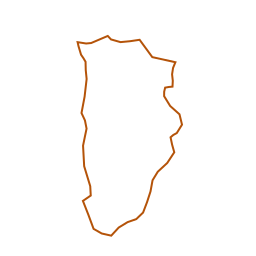 the border of Qəbələ, rotated 342°
{"feature_id": "AZE-1724", "entity_name": "Qəbələ", "entity_type": "District", "adm_level": 1, "iso_a3": "AZE", "parent_name": "Azerbaijan", "parent_adm1": "", "projection": "albers", "projection_center": [47.781, 40.923], "detail": "fine", "context": "isolated", "style": "outline", "palette": "amber", "viewbox_px": 256, "rotation_deg": 342, "n_neighbors": 0, "source": "natural_earth", "source_scale": "10m", "svg_char_len": 800}
<svg xmlns="http://www.w3.org/2000/svg" viewBox="0 0 256 256"><g transform="rotate(342 128 128)"><path d="M119.2,35.8L137.2,34.2L139.2,38.5L147.4,44.0L156.8,46.1L166.3,47.7L173.0,68.1L193.4,80.1L189.4,84.8L186.5,90.6L185.2,96.9L183.1,102.4L179.5,101.6L175.8,101.1L173.6,104.7L172.2,108.9L174.9,120.1L181.2,130.9L180.4,141.5L172.8,147.9L169.0,148.6L165.6,150.0L164.8,157.5L164.5,165.4L154.5,173.4L142.8,178.8L135.2,185.3L129.8,195.3L123.2,204.4L116.2,213.1L107.7,217.2L98.5,217.4L88.4,219.8L78.8,225.2L70.4,220.2L64.1,213.3L63.5,198.3L62.6,183.4L71.7,180.7L74.1,171.7L74.5,150.8L79.8,130.9L84.1,123.3L88.4,115.8L89.4,107.5L88.4,99.4L96.4,84.8L103.8,68.6L105.7,59.9L108.1,51.9L107.2,47.9L106.0,43.8L106.2,35.0L106.6,30.8L114.3,34.7L119.2,35.8Z" fill="none" stroke="#b45309" stroke-width="2"/></g></svg>